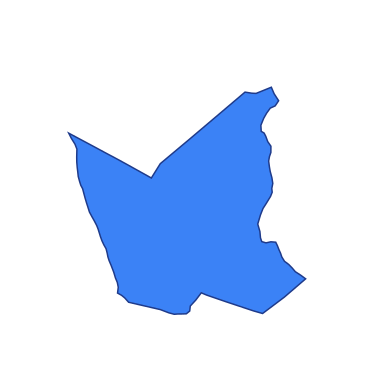 Junqueiro, Alagoas, Brazil, rotated 199°
{"feature_id": "56859067B20024464434808", "entity_name": "Junqueiro", "entity_type": "district", "adm_level": 2, "iso_a3": "BRA", "parent_name": "Brazil", "parent_adm1": "Alagoas", "projection": "robinson", "projection_center": [-36.435, -9.874], "detail": "fine", "context": "isolated", "style": "filled", "palette": "blue", "viewbox_px": 384, "rotation_deg": 199, "n_neighbors": 0, "source": "geoboundaries", "source_scale": "gbopen_adm2", "svg_char_len": 1478}
<svg xmlns="http://www.w3.org/2000/svg" viewBox="0 0 384 384"><g transform="rotate(199 192 192)"><path d="M229.5,72.2L225.0,71.4L221.2,70.0L216.0,67.1L183.7,70.5L174.7,70.2L169.0,70.6L165.8,72.0L161.3,73.6L157.7,75.0L155.4,78.7L156.5,83.6L153.3,90.9L150.4,99.7L144.5,99.3L123.9,99.3L95.1,99.6L85.7,100.1L70.5,122.6L56.3,146.9L62.0,148.7L68.4,150.3L72.6,152.8L77.0,155.0L82.0,156.6L86.0,159.9L88.3,162.9L91.2,166.0L93.8,169.1L96.5,171.8L101.2,170.6L105.5,168.0L109.9,167.8L112.3,170.9L114.9,176.7L119.4,183.1L119.6,187.9L119.8,192.7L119.5,199.5L118.2,204.8L116.3,213.4L116.1,217.9L117.7,221.3L118.4,226.4L121.1,231.5L124.8,237.0L126.9,240.8L129.6,246.2L130.3,250.8L130.3,255.1L132.3,261.0L136.8,264.3L140.4,268.7L143.0,271.2L146.3,271.9L148.6,277.5L148.2,285.0L147.1,290.9L145.3,296.8L141.4,300.5L139.8,306.5L146.4,311.7L151.1,316.9L163.5,306.1L167.6,304.9L174.4,303.7L212.1,240.2L214.4,236.4L231.2,208.5L235.0,192.0L253.5,195.3L263.6,197.1L277.9,199.5L282.5,200.2L288.7,201.2L299.6,203.0L327.7,207.5L323.6,203.5L318.2,199.1L314.8,195.1L313.5,191.0L312.4,187.5L310.7,182.8L308.5,177.8L306.6,173.9L304.6,169.6L301.6,165.2L299.3,162.1L296.5,159.5L293.9,155.6L291.0,151.3L288.2,147.4L286.1,144.6L282.4,139.6L278.6,136.1L275.1,133.0L271.2,129.3L268.8,126.5L266.3,123.1L264.2,120.2L261.3,116.6L258.1,113.3L254.8,110.4L252.3,106.6L250.4,103.3L248.1,100.2L244.5,96.2L239.9,90.7L236.4,85.8L233.2,82.2L230.7,77.9L229.5,72.2Z" fill="#3b82f6" stroke="#1e3a8a" stroke-width="1.5"/></g></svg>